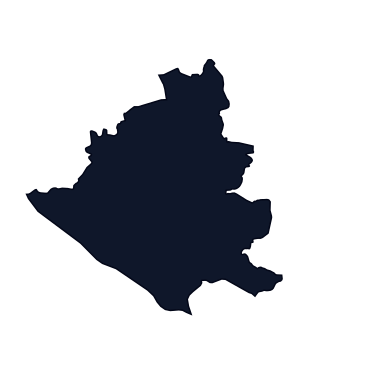 an SVG outline of Nitriansky, rotated 40°
{"feature_id": "SVK-1054", "entity_name": "Nitriansky", "entity_type": "Region", "adm_level": 1, "iso_a3": "SVK", "parent_name": "Slovakia", "parent_adm1": "", "projection": "natural_earth1", "projection_center": [18.337, 48.233], "detail": "fine", "context": "isolated", "style": "filled", "palette": "ink", "viewbox_px": 384, "rotation_deg": 40, "n_neighbors": 0, "source": "natural_earth", "source_scale": "10m", "svg_char_len": 5501}
<svg xmlns="http://www.w3.org/2000/svg" viewBox="0 0 384 384"><g transform="rotate(40 192 192)"><path d="M307.2,231.3L303.0,231.2L300.3,232.3L291.4,234.0L273.8,237.3L270.6,239.6L265.7,248.4L263.9,249.7L260.3,250.2L258.7,251.1L256.2,253.6L256.5,254.5L257.8,255.4L258.4,258.1L256.6,267.9L256.1,272.8L257.3,277.2L262.7,281.8L269.9,286.2L269.6,286.3L265.0,287.7L260.8,288.6L257.6,290.7L251.5,296.7L247.0,299.1L241.6,299.6L236.1,298.6L229.4,296.1L221.1,295.6L183.2,299.4L169.3,304.2L162.4,304.8L139.6,302.7L97.2,305.1L86.5,305.7L71.0,302.1L66.8,300.1L68.3,298.7L69.1,297.0L70.4,291.5L70.8,290.7L71.2,290.3L71.6,290.4L72.4,290.8L72.8,290.8L73.2,290.8L73.6,290.9L74.0,291.0L75.0,290.8L76.6,290.1L80.0,287.7L81.4,286.6L82.2,285.7L82.3,280.6L82.9,279.0L83.6,277.9L84.6,277.0L85.2,276.5L85.6,276.4L86.0,276.5L86.7,276.2L88.1,275.3L90.2,272.6L94.6,269.3L97.7,267.6L98.9,266.6L99.2,265.8L98.6,264.7L97.4,262.9L97.7,260.1L98.1,259.3L98.3,258.5L98.4,257.7L98.2,256.7L98.0,256.0L96.7,255.0L97.1,248.9L95.9,240.7L96.7,235.6L96.7,234.3L96.2,233.4L95.7,233.1L95.3,233.0L94.6,233.0L94.3,232.9L93.5,232.7L92.2,232.5L91.6,232.4L90.8,231.8L90.5,231.4L90.6,230.8L91.3,228.9L91.0,228.1L90.4,227.8L89.3,228.0L86.3,228.9L85.3,228.9L84.5,228.7L83.2,227.8L82.7,227.2L82.6,226.5L82.9,225.6L84.5,222.3L84.5,220.4L83.5,218.8L75.5,211.1L75.4,210.3L76.1,209.6L79.1,208.6L80.1,208.5L80.8,208.6L82.0,209.1L83.3,209.8L83.8,209.9L84.3,209.9L84.9,209.7L85.4,209.5L85.9,209.1L86.2,208.7L86.7,207.6L86.8,206.2L86.2,204.9L84.6,202.3L84.2,201.2L84.1,200.5L85.4,199.9L86.1,199.6L86.5,199.6L87.0,199.7L89.5,202.4L89.9,202.6L90.4,202.6L92.5,201.1L95.5,199.6L96.3,199.0L96.8,198.2L97.4,196.5L97.4,195.2L97.1,194.3L96.5,193.5L94.7,191.9L94.2,191.5L93.7,191.5L93.2,191.1L92.7,190.4L92.0,188.5L91.8,187.7L92.0,187.0L92.5,186.5L93.1,185.7L93.1,185.0L92.7,184.3L92.6,183.8L93.0,183.1L93.7,182.1L95.0,180.2L90.2,176.6L90.0,176.1L89.7,175.3L90.2,174.9L90.6,174.5L90.9,173.9L91.7,170.0L91.8,169.0L92.0,168.1L92.2,167.4L93.0,163.9L96.1,161.3L109.2,141.3L113.2,137.6L105.0,130.5L100.9,127.7L100.3,127.4L99.7,127.3L91.6,123.8L94.8,120.7L95.2,120.2L100.8,107.8L101.7,106.6L102.2,106.7L102.8,106.9L105.2,108.3L106.3,108.4L107.8,108.2L116.4,105.3L117.3,104.7L117.7,104.2L117.5,103.7L117.3,103.3L116.9,101.9L120.4,98.6L120.9,98.3L121.7,98.1L122.1,98.4L122.9,98.7L123.3,98.4L123.6,97.9L124.0,96.4L124.0,95.3L123.9,94.0L123.6,92.5L123.4,92.2L123.2,92.0L123.0,91.8L122.8,91.6L122.7,91.3L122.6,91.1L122.3,91.0L122.2,90.9L122.0,90.7L121.2,89.2L121.0,88.5L120.9,88.1L120.7,87.9L120.5,87.7L120.3,87.3L120.2,86.7L120.2,85.1L120.1,84.1L120.0,83.1L119.6,81.6L119.5,80.8L119.7,80.2L120.6,79.2L121.9,78.3L125.8,78.6L126.3,78.8L126.9,79.2L126.9,79.7L126.9,80.3L127.1,81.3L127.4,81.7L140.5,84.0L142.0,84.8L146.0,88.4L147.0,89.5L149.0,92.7L150.5,94.4L158.5,98.3L161.7,99.0L163.8,100.7L165.2,102.8L165.3,104.2L164.3,106.4L162.7,108.5L161.2,110.8L161.1,112.3L161.4,113.3L161.9,113.8L162.5,114.3L162.6,115.4L163.0,115.9L163.8,116.1L166.0,116.0L166.8,116.3L167.4,116.8L168.4,117.7L172.0,119.8L172.8,120.5L174.6,123.8L176.7,129.1L181.2,130.5L182.4,130.5L182.5,130.4L182.9,129.5L183.4,128.7L183.8,128.5L184.2,128.7L185.4,130.2L186.6,131.1L187.0,130.9L187.3,130.5L187.4,130.3L187.7,130.0L190.5,128.6L196.4,124.2L209.3,117.6L212.0,121.0L213.3,121.8L213.6,122.5L213.2,123.1L210.5,125.9L209.3,127.8L209.1,128.6L209.6,128.9L214.1,128.1L215.7,128.1L217.2,128.6L217.9,129.2L218.2,130.3L218.2,131.4L218.0,132.5L217.7,134.0L217.8,134.6L218.1,135.0L219.2,135.2L219.3,135.4L219.1,135.9L217.5,137.6L217.0,138.3L216.9,139.8L217.5,141.1L219.0,143.5L219.5,144.8L219.5,146.2L219.3,147.5L219.4,148.3L219.8,148.6L220.4,148.7L221.2,148.9L222.2,149.9L223.6,152.2L224.4,155.3L224.6,157.1L224.4,158.7L224.0,160.1L223.5,161.2L222.8,162.2L222.1,162.8L220.9,163.7L220.6,164.1L220.4,164.7L220.3,165.3L219.9,165.9L219.4,166.4L217.9,167.8L217.0,168.8L218.8,171.5L219.7,171.6L220.3,170.5L220.8,170.0L222.1,169.1L222.5,168.7L223.6,167.1L225.2,165.6L227.5,165.0L239.1,163.4L245.0,161.8L245.5,161.2L245.6,160.6L245.7,159.9L245.8,159.1L246.6,158.4L247.0,157.9L247.2,157.3L247.3,156.7L247.5,156.3L248.6,155.3L249.3,154.3L249.8,153.7L252.4,151.4L254.2,149.7L255.2,149.1L256.0,148.8L258.2,149.3L263.5,156.0L268.3,159.4L269.4,160.6L276.7,174.6L275.2,181.3L274.8,182.2L274.2,183.3L272.0,185.2L269.9,187.6L269.2,188.7L269.1,189.6L270.8,191.1L270.8,191.5L270.5,191.8L269.9,192.3L269.7,193.0L270.1,193.8L271.6,196.1L272.3,197.7L272.4,198.4L272.1,198.8L271.2,199.1L270.4,200.0L269.2,200.9L268.2,202.2L268.0,203.2L268.0,204.6L268.2,205.8L268.6,206.7L269.1,207.4L269.6,207.7L270.1,207.8L270.5,207.7L271.0,207.4L271.4,206.9L271.8,206.1L272.3,205.7L272.9,205.4L273.7,205.4L274.6,205.5L275.6,205.7L276.4,206.0L279.9,208.4L280.8,208.9L281.6,209.0L282.1,209.1L283.1,208.9L283.7,208.9L285.2,209.3L286.1,209.4L287.0,209.3L288.8,208.9L289.6,208.8L290.8,208.9L291.1,208.9L291.3,208.8L291.4,208.5L291.5,208.0L291.7,207.3L292.3,206.3L292.8,205.7L293.4,205.3L294.8,205.0L295.5,204.7L296.2,204.3L297.7,203.9L298.9,203.8L299.9,203.5L302.5,202.3L305.5,201.7L306.2,201.5L306.7,201.4L307.8,201.5L308.4,201.6L309.4,201.5L310.3,201.1L311.2,200.4L314.2,198.1L316.7,200.5L316.9,200.9L317.2,201.5L317.1,201.9L317.1,202.6L317.1,203.0L316.9,203.5L316.0,204.5L315.7,205.2L315.3,206.2L314.8,207.9L314.9,209.2L316.0,213.5L315.9,215.1L315.2,216.7L313.9,218.2L312.8,219.3L312.0,219.9L311.1,220.4L310.4,220.9L309.9,221.6L309.3,222.8L307.2,225.4L306.9,226.2L307.0,229.1L307.2,231.3L307.2,231.3Z" fill="#0f172a" stroke="#020617" stroke-width="1.5"/></g></svg>